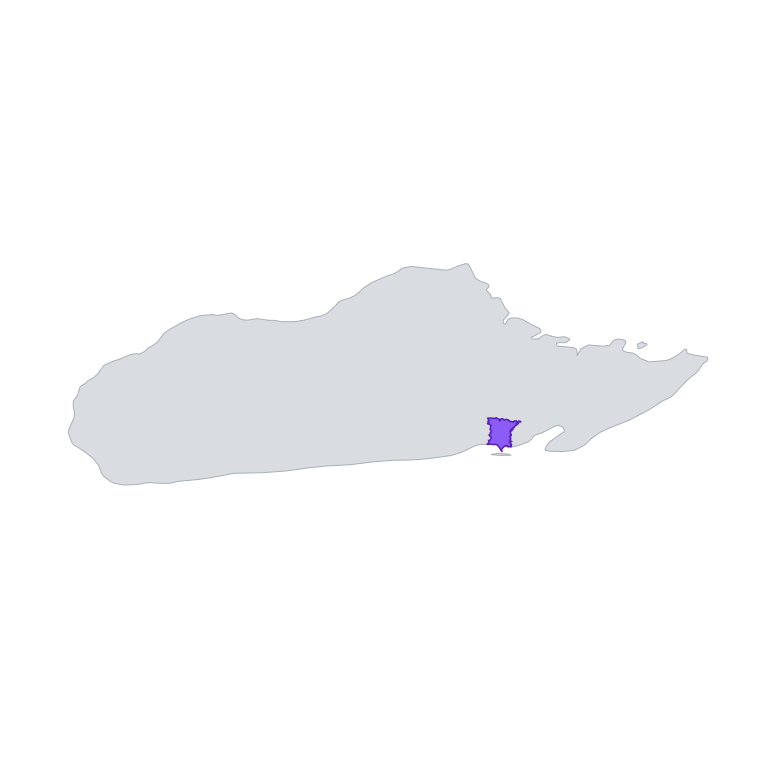 Soanierana Ivongo, Analanjirofo, Madagascar shown in context, rotated 71°
{"feature_id": "10022922B56427545477040", "entity_name": "Soanierana Ivongo", "entity_type": "district", "adm_level": 2, "iso_a3": "MDG", "parent_name": "Madagascar", "parent_adm1": "Analanjirofo", "projection": "equal_earth", "projection_center": [49.223, -16.67], "detail": "fine", "context": "in_parent", "style": "filled", "palette": "violet", "viewbox_px": 768, "rotation_deg": 71, "n_neighbors": 0, "source": "geoboundaries", "source_scale": "gbopen_adm2", "svg_char_len": 8474}
<svg xmlns="http://www.w3.org/2000/svg" viewBox="0 0 768 768"><g transform="rotate(71 384 384)"><path d="M475.6,86.3L477.2,91.2L479.1,96.0L485.0,107.5L487.5,111.9L489.7,116.6L490.7,126.0L494.4,140.6L497.9,162.5L499.0,184.9L500.0,195.2L502.8,204.8L507.2,214.8L508.7,226.0L505.9,237.5L501.9,248.3L500.9,250.3L499.0,253.1L498.2,252.9L495.0,250.2L492.4,245.6L489.2,234.8L488.0,229.4L486.6,228.5L482.8,229.0L480.0,232.4L479.5,234.5L480.1,240.6L481.1,246.1L481.6,251.6L481.6,258.5L482.7,260.6L484.2,262.4L485.8,267.0L486.0,277.8L485.1,283.3L482.4,288.0L482.5,290.6L483.5,293.3L482.6,294.9L479.0,296.9L477.5,298.7L475.6,303.5L472.4,313.2L472.0,318.2L473.9,333.3L473.4,344.1L469.4,364.5L467.1,374.2L463.8,385.8L458.8,401.1L453.9,420.3L449.8,439.9L446.7,451.8L443.2,463.4L438.4,483.9L434.4,504.7L428.4,527.5L420.2,553.0L419.3,556.3L417.6,569.2L415.8,580.5L413.6,591.6L409.1,610.0L408.6,615.6L407.6,621.0L403.2,632.5L401.3,636.8L400.0,641.3L399.3,647.1L398.0,652.6L394.8,662.8L390.0,671.5L386.7,674.7L379.6,679.3L376.0,680.2L368.0,680.4L360.2,683.0L352.2,688.0L344.5,693.8L341.5,696.6L338.2,698.1L328.0,698.5L324.9,697.2L314.5,687.7L310.5,686.1L302.9,684.8L300.6,684.0L298.5,682.8L295.4,677.8L289.3,673.6L287.8,672.3L286.8,669.4L286.2,666.3L284.5,662.7L283.3,656.1L281.2,651.4L275.5,643.2L274.9,640.5L274.3,631.8L274.4,625.8L273.7,614.9L274.2,609.8L276.1,605.2L275.3,600.2L273.1,595.0L272.2,589.5L270.6,584.6L264.6,575.6L263.1,571.2L262.1,566.7L259.7,552.5L259.3,547.5L259.5,537.1L260.3,531.7L261.6,527.9L262.0,525.1L262.9,522.7L264.2,520.8L265.1,518.5L267.2,505.0L269.9,502.1L274.1,500.3L277.3,496.8L279.2,492.1L281.0,482.3L286.1,472.6L287.9,467.5L292.1,459.8L295.7,448.9L296.8,443.7L297.6,438.5L298.4,427.0L299.1,421.2L298.9,415.5L296.6,409.7L291.4,399.0L291.2,397.1L291.5,389.2L291.0,383.4L289.1,377.7L286.6,372.4L284.1,362.3L282.8,345.7L283.0,339.7L282.2,334.3L280.4,329.2L281.6,320.3L296.7,288.0L297.2,284.2L296.5,274.3L296.7,268.5L297.2,266.4L298.4,265.2L301.1,264.6L313.6,263.1L315.1,262.1L318.2,259.4L322.5,254.1L324.5,252.6L326.2,253.2L327.3,255.4L328.7,256.7L333.7,254.3L335.6,254.2L337.6,254.6L338.5,252.4L339.1,249.4L339.8,247.3L341.1,246.2L347.6,245.5L351.8,244.7L357.1,242.6L358.3,243.0L362.6,250.4L364.0,251.1L365.6,251.4L367.1,250.0L363.6,246.1L363.0,243.9L363.2,241.5L365.1,236.1L368.2,232.0L375.2,225.8L382.4,218.6L384.5,218.1L386.3,219.3L387.7,227.7L387.5,229.1L388.7,229.3L390.1,228.3L391.2,224.9L391.3,222.0L390.3,219.3L389.8,217.0L389.8,214.9L393.4,209.9L396.3,205.1L397.7,199.4L398.8,196.8L401.9,193.8L402.8,194.3L403.5,196.7L403.9,199.2L403.1,201.8L402.0,204.3L401.6,207.6L403.3,208.2L404.9,207.4L407.3,201.4L410.0,195.7L411.6,192.7L413.6,190.7L417.0,191.1L420.3,192.3L414.9,186.3L413.6,178.1L419.9,163.7L420.0,160.8L420.9,159.8L421.3,158.7L418.0,153.9L417.4,151.5L417.8,147.8L419.4,144.6L420.8,142.3L422.9,141.5L424.5,142.7L428.1,146.7L430.5,147.3L433.4,143.5L435.7,138.7L439.3,135.4L443.3,133.4L449.5,125.9L453.5,110.2L453.8,105.6L452.9,100.0L451.5,94.7L449.1,88.1L449.7,86.6L453.1,87.5L454.2,86.6L457.9,80.8L463.9,69.5L465.9,69.6L467.6,71.6L468.3,74.7L469.5,77.0L473.6,82.3L475.6,86.3ZM433.5,130.5L433.5,132.2L428.9,131.5L428.2,125.5L430.4,125.3L430.9,122.9L432.3,122.6L433.8,127.9L433.5,130.5ZM489.4,297.4L485.5,306.0L486.6,298.8L491.2,288.4L492.5,287.6L489.4,297.4Z" fill="#d9dde1" stroke="#a8b0b8" stroke-width="1"/><path d="M464.1,267.0L463.6,267.8L463.3,267.7L463.2,268.1L463.2,268.3L462.9,268.6L463.0,268.8L463.2,269.0L463.2,269.3L463.4,270.1L463.3,270.6L463.2,270.6L463.0,270.4L462.6,270.5L462.5,270.8L462.4,270.7L462.2,270.8L462.2,271.0L461.8,271.3L461.9,271.5L461.7,272.2L461.7,272.3L461.5,272.5L461.8,272.8L461.6,273.3L461.5,273.5L461.5,273.8L462.0,274.1L461.9,274.7L461.5,275.0L461.4,275.0L461.2,275.4L461.0,275.6L460.9,276.5L460.8,276.9L460.3,277.3L460.3,277.2L460.1,277.5L459.9,277.4L459.6,277.6L459.4,277.4L459.0,277.9L458.7,278.0L458.5,278.4L458.2,278.5L458.0,278.8L457.6,279.4L457.3,279.6L457.3,280.8L457.4,281.6L457.3,282.0L457.1,282.1L456.9,282.0L456.4,282.2L456.2,282.4L456.0,283.0L455.7,283.3L455.3,283.5L455.4,283.8L455.3,284.0L455.3,284.4L455.2,284.4L455.1,284.5L455.2,284.8L455.3,284.8L455.5,285.0L455.6,285.5L455.8,285.6L455.8,285.8L455.9,286.0L456.2,285.9L456.3,285.9L456.4,286.4L456.2,286.4L456.2,286.6L455.8,286.4L455.8,286.2L455.7,286.2L455.3,286.4L455.0,286.8L454.9,286.8L454.8,286.6L454.5,287.1L454.3,287.2L454.1,287.4L453.7,287.8L453.4,288.0L453.3,288.4L453.2,288.6L452.8,288.6L452.7,288.6L452.7,289.1L452.4,289.4L452.5,289.9L452.4,290.1L452.5,290.4L452.5,291.0L452.3,291.7L452.2,291.8L451.8,292.0L451.7,292.2L451.6,292.5L451.4,293.2L451.1,293.7L451.1,293.9L450.8,294.5L450.6,294.9L450.6,295.1L450.5,295.3L450.5,295.5L450.3,296.3L450.6,296.1L450.8,296.1L450.8,296.4L450.5,296.8L450.7,297.1L450.9,297.0L451.2,297.0L451.4,296.8L451.5,296.9L452.1,296.9L452.3,296.8L452.6,296.8L452.7,297.1L453.1,297.3L453.1,297.5L453.4,297.6L453.6,297.3L453.8,297.6L453.8,297.9L454.0,297.8L454.0,298.1L454.3,298.2L454.5,298.1L454.6,297.9L454.7,298.1L454.8,298.0L454.9,298.4L455.0,298.3L455.2,298.6L455.3,298.8L455.6,298.7L455.6,298.3L455.8,298.0L455.8,297.7L456.0,297.7L456.4,297.5L456.5,297.6L456.8,297.5L456.9,297.3L457.4,296.8L457.6,296.5L457.9,296.3L458.2,296.5L458.3,296.7L458.8,296.9L458.9,297.0L460.0,297.4L460.5,297.9L461.7,298.5L461.9,298.4L462.0,298.2L462.3,298.0L462.8,298.1L463.3,297.9L463.6,298.1L463.7,297.9L463.9,298.1L464.0,298.4L464.1,298.5L464.3,298.4L464.5,298.5L464.7,298.4L464.8,298.8L464.9,299.1L465.0,299.1L465.0,299.3L465.2,299.2L465.3,299.5L465.6,299.6L465.7,299.9L465.8,300.2L466.1,300.4L466.3,300.5L466.2,301.0L466.6,301.3L466.9,301.1L467.0,301.2L467.3,301.1L467.5,300.8L467.8,300.7L468.1,300.4L468.2,300.6L468.4,300.6L468.9,300.2L469.0,300.2L469.3,300.1L469.5,300.1L469.6,300.3L470.3,300.6L471.0,301.4L471.6,301.6L471.6,302.0L471.5,302.7L471.7,303.1L471.5,303.5L472.0,303.5L472.3,303.6L472.5,303.5L472.9,303.7L473.0,303.9L473.5,304.0L474.1,304.3L474.0,304.7L474.0,305.0L474.3,305.0L474.3,305.8L474.7,305.9L475.0,305.6L475.1,305.3L475.0,305.0L475.3,304.2L475.3,303.4L475.7,302.7L475.8,302.3L476.1,301.9L476.2,301.5L476.5,301.1L476.8,300.3L477.0,299.7L477.2,299.3L477.3,299.0L477.3,298.6L477.3,297.9L477.4,297.7L477.6,297.5L478.2,297.0L478.9,296.6L480.1,296.1L481.9,295.5L484.6,295.0L486.1,294.5L486.1,294.3L485.7,294.4L485.2,294.4L484.7,294.3L484.4,294.2L484.2,294.1L483.1,292.7L483.0,292.3L482.3,291.0L482.0,290.3L482.2,289.9L482.0,289.7L482.1,289.3L481.9,289.1L481.9,288.6L482.0,288.0L482.1,287.8L482.4,287.7L482.5,287.4L482.9,287.4L483.1,287.6L483.0,287.8L482.8,287.9L482.8,288.0L483.2,287.8L483.4,287.7L483.6,287.4L483.4,287.4L483.4,287.2L483.7,286.9L483.7,286.3L483.8,286.1L484.1,285.9L484.3,285.2L484.7,284.8L484.6,284.7L484.7,284.3L484.7,283.9L484.3,283.9L483.3,283.6L483.1,283.8L483.0,284.1L482.9,284.1L482.8,283.9L482.7,283.4L482.6,283.2L482.3,283.5L482.1,283.8L481.7,283.9L481.5,283.5L481.2,283.6L480.7,283.6L480.4,283.4L480.2,283.7L480.2,283.4L479.9,283.1L479.9,282.8L479.7,283.1L479.6,282.9L479.4,283.1L479.3,282.8L479.1,282.8L479.0,283.0L478.9,283.1L478.9,282.6L478.7,282.5L478.2,282.7L478.1,282.8L477.4,282.8L477.3,282.7L477.2,282.3L476.9,282.5L476.6,282.3L476.4,282.3L476.4,282.1L476.2,281.9L475.8,282.1L475.6,282.1L475.3,281.8L475.1,281.9L474.8,281.9L474.8,281.6L474.4,281.1L474.2,281.2L474.2,280.8L474.0,280.6L474.0,280.4L473.9,280.3L473.4,280.3L473.6,280.7L473.3,280.9L473.1,280.4L472.7,280.6L472.3,280.5L471.7,280.2L471.4,280.4L470.8,280.4L469.5,280.1L469.7,279.8L469.9,279.5L469.9,279.3L469.9,278.8L470.0,278.6L469.9,278.5L469.7,278.5L469.1,278.8L468.8,279.0L468.7,279.0L468.5,278.9L468.5,278.5L468.7,278.3L469.0,278.0L469.1,277.8L469.1,277.6L468.9,277.0L468.8,276.9L468.7,277.0L468.6,276.8L468.5,276.6L468.2,276.5L468.2,276.8L468.0,276.7L467.9,276.8L467.9,276.7L467.7,276.3L467.4,276.4L467.4,275.8L467.4,275.6L467.5,275.5L467.6,275.4L467.4,275.2L467.1,275.0L467.1,274.8L466.9,274.7L466.8,274.8L466.9,274.5L466.7,274.4L466.8,274.3L466.8,274.2L466.7,274.2L466.6,274.3L466.3,273.7L466.2,273.6L466.2,273.4L466.4,273.3L466.2,273.3L466.1,273.2L466.0,273.3L465.9,273.1L466.0,272.6L465.6,272.5L465.4,272.2L465.5,272.1L465.6,271.9L465.5,272.0L465.3,271.8L465.2,271.8L465.2,271.6L465.0,271.8L464.9,271.8L465.4,271.2L465.2,271.0L465.4,270.9L465.2,270.8L465.2,270.6L464.8,270.3L464.8,270.1L464.9,269.9L464.6,269.9L464.6,269.7L464.4,269.6L464.1,269.3L464.0,269.1L463.9,268.8L463.7,268.4L463.9,268.1L464.2,267.8L464.3,267.7L464.3,267.1L464.1,267.0Z" fill="#8b5cf6" stroke="#5b21b6" stroke-width="1.5"/></g></svg>